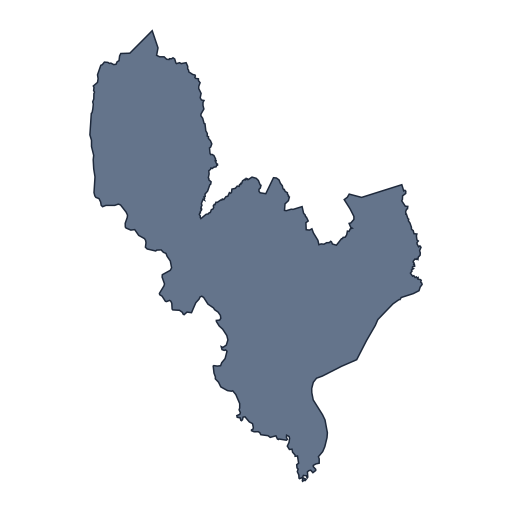 outline of Builsa South, Upper East, Ghana
{"feature_id": "2480657B50810028950834", "entity_name": "Builsa South", "entity_type": "district", "adm_level": 2, "iso_a3": "GHA", "parent_name": "Ghana", "parent_adm1": "Upper East", "projection": "equal_earth", "projection_center": [-1.342, 10.53], "detail": "fine", "context": "isolated", "style": "filled", "palette": "slate", "viewbox_px": 512, "rotation_deg": 0, "n_neighbors": 0, "source": "geoboundaries", "source_scale": "gbopen_adm2", "svg_char_len": 6038}
<svg xmlns="http://www.w3.org/2000/svg" viewBox="0 0 512 512"><path d="M120.8,53.5L119.6,55.9L119.0,60.7L117.2,61.7L116.0,64.3L113.7,64.6L110.9,63.1L109.4,63.4L107.9,62.4L104.4,62.1L102.3,64.7L100.8,65.3L97.5,74.8L98.1,78.6L97.5,82.4L93.3,86.0L94.0,87.5L93.6,90.7L94.4,91.6L94.4,92.9L93.9,93.6L93.8,99.0L92.7,101.8L93.3,104.2L92.8,109.0L92.1,112.6L91.3,113.4L89.9,134.9L91.5,140.3L91.5,146.5L93.7,155.4L93.2,159.7L93.7,168.7L95.0,176.9L94.0,192.6L94.8,195.8L95.9,197.4L99.0,198.6L100.6,201.9L101.2,205.3L102.6,206.7L105.9,205.4L114.7,205.4L118.3,204.1L120.5,204.9L126.1,212.1L127.5,215.1L127.3,217.3L125.2,223.3L125.3,227.0L126.0,228.0L130.8,230.1L134.7,229.6L138.7,235.4L144.5,238.6L145.6,240.4L146.0,242.8L145.4,247.2L147.2,249.0L155.7,251.0L156.8,250.1L161.1,249.9L163.4,252.3L166.0,253.4L167.1,256.3L170.3,261.0L171.6,267.8L170.3,270.3L162.3,274.7L162.1,277.1L164.5,283.9L164.0,285.8L159.4,293.4L159.7,294.7L162.1,296.2L165.4,301.3L166.5,301.6L169.6,300.4L170.8,301.2L171.8,303.3L172.1,309.0L172.8,309.9L179.5,310.3L182.4,312.4L183.1,314.1L184.1,314.7L187.0,312.1L191.5,312.7L195.8,302.7L199.0,299.2L200.0,297.0L201.8,296.2L203.7,297.5L208.0,304.2L213.5,307.9L214.6,309.7L218.1,312.1L220.4,315.4L220.8,318.3L219.6,320.1L216.3,320.4L216.4,321.5L219.2,326.0L222.7,329.2L226.8,335.5L227.9,339.9L226.3,345.1L222.9,347.4L221.2,346.6L222.0,349.6L224.2,350.4L225.6,349.9L227.0,351.2L225.1,358.6L221.7,362.7L220.6,365.7L217.3,366.1L213.8,365.6L213.2,366.1L214.0,373.1L215.4,376.9L215.3,378.8L218.5,382.2L220.8,386.9L227.5,390.6L231.5,391.2L232.7,390.8L235.8,394.5L239.7,403.6L239.7,408.0L239.1,409.8L240.4,412.7L239.8,414.3L236.8,415.6L237.2,417.3L240.2,417.9L240.8,420.3L241.5,420.7L242.5,419.7L243.1,417.1L245.0,416.8L249.3,421.9L252.5,423.6L253.3,427.4L253.1,429.0L251.5,429.9L251.5,430.7L254.1,431.8L258.3,431.7L259.8,432.7L260.8,434.7L268.1,435.7L270.2,437.4L275.9,435.8L277.4,439.0L278.4,439.5L278.9,439.0L286.4,440.2L287.4,439.4L286.4,437.3L286.6,435.2L289.1,436.5L289.6,438.3L289.0,442.5L287.3,446.1L289.4,449.5L292.0,449.2L292.6,452.2L295.1,455.1L295.1,456.3L297.5,456.0L298.6,463.2L296.7,464.7L297.0,467.9L298.1,469.1L297.3,471.7L298.8,474.9L299.0,478.2L299.6,478.7L301.9,477.6L302.7,479.1L302.3,480.6L302.6,481.3L304.1,480.3L305.1,480.6L305.9,479.7L305.0,478.6L303.3,478.2L302.8,476.8L303.4,475.4L306.5,475.8L307.1,478.1L307.8,477.1L307.4,471.9L308.7,470.7L310.7,470.2L312.9,472.7L315.7,470.5L315.7,469.3L313.3,466.7L313.3,465.4L315.9,463.9L319.2,463.2L319.2,458.9L318.4,456.7L322.7,451.6L324.8,446.7L327.0,437.7L327.4,432.8L325.0,419.9L322.5,414.7L313.2,399.9L311.8,392.7L311.7,388.5L313.3,382.3L316.5,378.2L322.3,376.1L341.5,366.3L356.7,359.7L366.5,340.6L375.3,325.4L377.8,319.6L392.9,303.9L399.0,299.6L400.0,299.6L401.2,297.5L413.3,293.6L419.0,290.7L420.2,287.0L422.1,284.5L421.8,283.1L420.7,282.1L421.2,280.3L420.4,279.6L418.0,279.2L418.1,277.6L417.3,278.0L416.4,276.9L415.1,277.5L413.8,275.7L412.6,276.2L410.4,273.1L412.0,271.2L411.5,270.0L413.4,268.7L412.4,268.3L412.5,266.9L414.7,266.2L414.4,264.5L413.7,264.5L414.1,263.1L413.2,262.2L413.3,261.1L415.0,259.0L416.3,259.4L416.9,258.7L417.9,259.5L418.3,257.1L420.1,255.2L420.3,252.9L419.6,250.7L421.0,247.3L419.9,245.9L418.6,246.8L417.1,244.0L417.0,242.5L418.3,241.0L416.9,239.9L416.4,235.8L416.9,234.0L414.0,233.7L413.2,230.6L411.5,229.3L411.4,227.2L409.9,222.9L408.4,220.9L408.7,219.2L407.9,218.6L406.4,214.1L405.8,214.2L405.7,211.3L406.6,209.2L407.5,208.8L407.8,206.4L405.3,206.2L401.7,200.8L402.4,199.6L402.6,195.8L405.7,193.5L405.8,191.2L404.9,190.3L403.7,190.9L401.8,184.7L361.6,197.4L349.2,194.1L347.3,197.3L344.2,199.6L350.1,208.9L353.9,216.4L353.9,219.4L350.9,222.9L349.1,223.4L350.7,227.3L352.2,228.2L350.3,228.8L349.0,231.4L347.4,231.1L346.7,234.8L345.2,237.2L343.1,237.4L342.4,238.6L341.5,238.7L336.4,245.2L332.4,244.0L331.5,241.9L330.7,241.3L329.3,242.6L326.6,242.7L324.0,244.2L321.1,243.9L318.9,244.7L317.9,240.3L313.4,232.9L311.9,228.8L309.5,230.1L306.2,229.7L305.9,222.7L308.2,221.0L306.4,217.1L305.6,216.7L305.1,214.9L303.6,213.3L302.1,206.6L293.1,209.4L291.2,209.2L286.3,210.7L284.5,210.4L285.0,203.9L288.4,200.7L289.4,197.0L288.4,196.4L288.5,195.4L287.5,194.3L287.4,192.7L285.2,191.5L284.3,189.4L283.6,189.5L282.9,188.4L282.3,185.7L280.4,183.3L279.0,179.9L276.4,178.0L273.5,177.7L265.8,193.7L260.2,192.8L259.0,191.4L259.0,189.3L260.3,188.1L261.0,185.3L260.1,184.8L258.4,180.5L256.2,178.3L252.0,177.1L248.4,179.5L247.5,178.9L247.1,179.5L246.1,178.4L245.2,179.8L244.8,179.3L242.5,180.9L241.7,183.2L240.8,183.3L240.8,184.4L239.6,184.5L239.1,186.4L237.2,186.1L235.4,188.3L231.9,189.1L231.5,192.3L230.6,193.3L229.4,192.6L227.8,196.3L226.0,196.6L223.8,199.5L222.3,199.0L221.8,200.1L220.9,199.9L217.2,202.4L216.0,202.2L214.9,204.7L214.2,204.5L213.3,205.8L213.7,207.5L212.8,209.2L211.4,209.6L210.3,212.5L209.1,212.8L208.3,213.9L206.1,214.3L200.9,218.6L200.2,217.3L200.3,216.0L199.3,214.6L199.7,213.2L200.4,212.9L200.3,211.6L201.4,210.2L201.0,208.9L201.6,208.9L201.0,207.2L202.0,205.2L201.4,204.0L201.6,202.9L203.0,199.3L204.4,200.1L203.9,199.0L204.6,198.2L203.9,197.0L205.2,196.5L205.0,194.1L207.6,191.1L209.8,184.8L210.7,184.2L211.1,181.8L208.9,179.9L208.8,178.4L208.3,177.8L209.1,174.0L208.8,170.8L210.5,169.3L211.0,168.0L212.2,168.5L213.9,167.2L216.1,166.8L216.8,165.1L217.5,165.1L217.5,164.1L216.5,163.6L215.8,162.2L216.1,160.7L215.2,160.7L215.6,159.0L213.9,155.5L212.0,154.4L210.7,154.6L210.0,153.4L209.5,147.9L210.7,147.0L211.8,143.9L210.5,140.8L208.4,138.3L208.5,136.7L207.2,136.1L207.3,133.5L205.8,130.8L205.0,123.8L204.1,123.5L202.7,118.3L200.9,115.8L201.0,114.0L203.9,109.0L203.0,105.5L203.0,102.4L204.0,100.5L201.4,100.0L200.2,97.8L201.1,93.4L198.7,88.5L198.8,86.2L200.1,82.7L198.5,80.7L198.4,78.8L195.7,78.4L194.8,77.4L195.4,76.0L195.0,75.0L192.8,74.5L188.8,71.9L188.6,70.2L187.7,68.9L187.7,66.3L186.1,62.7L181.2,63.6L179.6,62.7L176.5,63.6L175.9,63.0L174.7,59.0L173.0,57.8L171.5,58.8L169.5,58.7L169.1,59.5L166.7,59.3L164.1,56.8L159.6,56.8L156.6,55.3L158.0,47.9L152.2,30.7L129.8,53.2L120.8,53.5Z" fill="#64748b" stroke="#1e293b" stroke-width="1.5"/></svg>